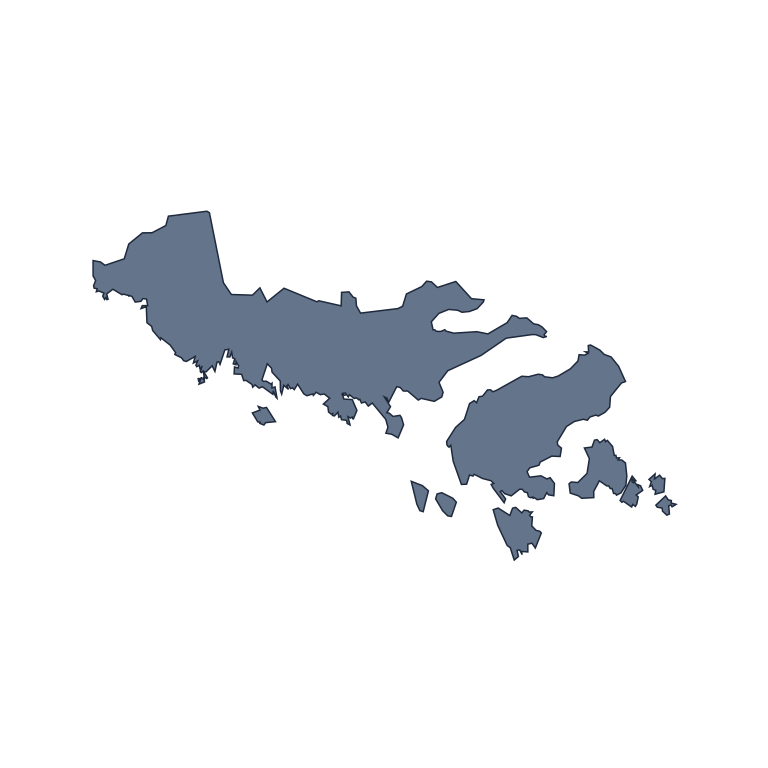 the district of Harstad nor, Troms, Norway, rotated 110°
{"feature_id": "86288312B68786515183071", "entity_name": "Harstad nor", "entity_type": "district", "adm_level": 2, "iso_a3": "NOR", "parent_name": "Norway", "parent_adm1": "Troms", "projection": "orthographic", "projection_center": [16.539, 68.812], "detail": "fine", "context": "isolated", "style": "filled", "palette": "slate", "viewbox_px": 768, "rotation_deg": 110, "n_neighbors": 0, "source": "geoboundaries", "source_scale": "gbopen_adm2", "svg_char_len": 6152}
<svg xmlns="http://www.w3.org/2000/svg" viewBox="0 0 768 768"><g transform="rotate(110 384 384)"><path d="M367.5,699.6L382.0,694.3L385.3,690.4L391.1,690.5L393.1,689.1L392.6,686.1L395.7,685.9L394.1,683.7L394.4,678.2L397.6,678.4L400.1,675.5L398.0,674.9L399.5,673.3L398.8,672.3L394.2,675.4L387.7,671.2L389.7,660.8L388.6,659.2L388.2,654.1L389.2,653.7L388.0,653.7L387.9,650.8L392.1,645.8L389.4,640.6L386.3,639.9L385.4,636.2L391.2,632.9L393.0,637.9L396.2,638.1L392.7,633.8L407.5,627.7L409.3,622.1L412.9,619.6L418.8,609.2L416.9,609.4L420.6,598.2L425.8,590.6L427.8,590.7L428.6,583.3L430.6,580.3L430.4,577.4L422.7,570.9L429.5,570.3L426.0,567.0L430.7,567.2L431.8,565.9L429.7,564.0L433.4,561.6L429.2,561.0L435.1,560.9L435.8,559.6L433.7,558.3L438.3,555.6L441.2,555.6L440.5,557.6L442.9,559.8L441.9,560.8L444.6,559.2L443.0,557.9L447.4,557.8L443.5,553.4L439.1,555.4L439.5,552.4L438.6,552.0L434.0,557.9L433.5,555.4L425.7,551.7L430.0,547.2L420.4,548.4L419.6,546.9L421.7,544.8L406.4,545.2L404.4,541.7L412.2,540.8L411.3,538.1L406.2,538.0L411.2,535.2L411.3,532.8L416.6,532.6L416.6,529.7L413.6,530.6L416.7,526.8L418.9,526.6L419.1,530.3L425.8,528.3L423.6,521.1L428.8,517.0L427.8,515.0L429.6,507.8L431.9,506.3L428.9,504.8L430.6,500.0L428.2,497.3L431.7,484.9L428.2,485.8L433.2,481.2L433.9,479.7L424.0,485.4L426.0,487.9L421.6,489.5L422.7,490.0L421.6,495.7L422.8,498.2L421.8,500.1L404.9,500.6L407.6,495.1L411.2,493.2L416.7,482.5L425.8,479.0L428.5,476.7L419.5,477.7L421.7,471.9L419.0,474.6L417.3,474.0L420.3,470.3L418.9,468.7L420.0,466.4L413.7,465.1L420.7,456.0L421.4,452.5L417.7,447.5L418.9,446.5L414.9,444.9L415.8,440.2L413.8,436.7L416.0,430.2L423.6,434.1L424.5,429.0L429.3,426.5L430.4,423.4L429.3,422.1L431.2,421.7L431.0,419.7L426.3,417.6L430.7,415.1L429.0,413.9L432.1,411.7L430.9,406.8L433.7,405.1L434.1,401.9L427.0,406.7L427.5,403.9L425.9,402.6L427.4,401.3L427.3,400.8L418.1,400.4L409.5,408.5L411.9,416.5L409.1,418.8L407.8,416.9L408.0,419.9L407.0,419.8L405.7,417.3L408.3,413.1L405.9,412.8L407.8,407.0L406.4,405.0L407.5,402.3L406.6,401.5L409.6,398.7L407.3,395.6L410.1,391.2L405.9,388.5L416.6,370.3L423.3,365.5L429.6,365.4L428.6,359.6L429.8,352.3L415.7,351.6L409.8,355.9L408.0,358.3L411.4,364.4L409.6,369.1L410.0,371.5L403.1,370.1L396.0,379.3L396.2,376.5L399.6,373.3L382.1,371.1L381.8,367.3L384.0,363.5L382.5,359.3L387.4,346.3L384.8,344.1L383.1,330.8L376.4,325.3L371.6,325.6L363.6,332.9L349.7,328.6L323.9,302.5L299.1,284.8L286.8,261.5L285.7,258.1L285.9,250.2L283.6,247.2L284.1,249.1L282.9,250.4L279.2,249.1L276.4,254.8L275.5,259.2L276.3,264.0L273.0,272.4L276.0,279.2L275.1,282.6L275.7,287.1L284.3,289.3L301.4,303.5L303.1,314.7L312.4,335.9L313.1,343.8L312.2,345.4L315.2,348.6L316.6,352.8L315.7,354.8L316.3,356.4L309.4,360.8L298.9,356.6L291.8,348.7L289.5,340.0L289.9,335.2L286.7,328.6L281.4,322.3L273.0,318.7L270.7,318.8L273.9,331.0L263.1,351.6L275.0,366.8L271.8,374.3L272.8,379.1L279.5,381.8L291.7,393.7L304.6,393.1L308.4,396.8L325.4,430.3L320.0,436.6L313.0,439.8L312.9,442.8L309.4,448.4L312.4,455.2L325.2,451.0L328.1,473.8L329.7,475.2L328.2,510.7L346.9,522.0L336.1,533.5L345.5,538.0L352.1,558.0L343.8,569.5L282.8,606.6L282.2,609.5L300.0,644.0L309.7,643.2L321.2,653.7L324.6,662.7L339.7,671.7L355.2,670.9L367.9,686.8L366.3,692.1L367.5,699.6ZM318.3,166.9L301.8,161.2L299.1,157.9L287.1,169.6L280.9,179.9L280.9,187.1L278.3,192.8L276.7,203.2L278.0,205.2L283.9,202.7L284.9,205.7L285.5,202.8L288.3,205.4L289.7,210.7L296.0,209.6L305.9,214.0L316.9,223.0L320.5,227.7L322.3,235.5L321.2,238.2L322.1,242.5L327.7,250.6L329.6,257.2L351.8,276.4L354.1,279.2L353.0,281.7L354.1,284.7L361.7,287.2L363.5,290.4L369.9,290.6L368.8,293.6L373.1,296.9L389.8,296.3L400.3,301.9L416.6,305.5L419.6,304.1L420.8,302.4L421.1,301.3L418.7,300.3L433.0,292.5L451.9,276.9L449.9,272.1L440.3,272.5L440.1,268.9L438.0,268.4L439.1,259.2L438.3,250.3L439.9,246.9L441.7,249.0L444.6,245.7L454.5,230.5L450.4,230.4L445.4,238.0L443.8,236.8L445.8,233.1L445.6,226.2L436.4,220.5L435.7,217.9L437.4,215.1L437.1,212.1L440.5,209.7L440.7,207.2L439.3,205.6L440.4,204.8L439.4,203.7L440.3,200.4L437.1,194.8L430.4,193.9L431.9,191.4L430.9,186.2L419.2,189.8L415.2,195.9L417.5,198.4L416.6,205.1L421.8,215.4L417.4,219.6L412.9,218.3L407.3,210.6L403.9,210.5L394.4,201.7L391.9,193.7L383.6,195.3L381.9,199.9L379.1,201.4L361.6,198.0L354.1,192.3L348.9,184.5L348.5,180.5L344.6,179.2L340.8,174.4L340.8,171.6L334.9,166.6L328.7,164.0L318.3,166.9ZM405.3,124.1L396.4,122.1L387.5,124.3L375.6,130.1L374.1,134.6L375.3,138.1L372.8,137.5L374.0,140.2L371.7,141.7L372.3,143.2L364.5,147.9L360.6,154.8L362.4,156.1L360.5,157.8L365.3,161.1L363.4,164.8L364.8,167.0L372.1,167.0L375.6,173.8L383.9,165.5L398.6,162.6L410.3,168.2L412.0,174.5L414.4,176.0L422.8,171.7L422.6,162.9L423.8,159.2L419.0,148.0L413.2,150.2L401.3,148.5L403.6,139.8L402.9,138.0L404.9,135.6L404.2,133.9L408.3,130.8L407.8,128.9L408.9,127.5L405.3,124.1ZM486.4,185.7L470.2,185.2L469.1,187.3L469.5,191.1L466.8,196.6L458.1,199.1L458.6,200.8L457.5,202.3L453.5,200.9L454.7,203.9L453.9,205.1L454.6,209.2L458.0,210.4L454.9,218.1L456.7,220.7L464.5,220.8L461.5,234.3L464.8,238.4L477.9,228.8L493.7,212.9L494.6,209.4L504.9,201.4L500.1,198.7L494.8,202.1L493.5,199.8L497.1,195.8L494.3,197.4L492.6,191.4L485.3,194.1L483.0,190.5L486.4,185.7ZM395.5,104.5L391.9,108.1L391.8,110.8L393.7,109.9L390.0,115.6L391.5,115.9L390.9,117.5L388.3,118.5L389.6,115.7L388.8,114.2L385.7,119.3L412.7,122.3L413.8,120.1L412.3,118.8L414.9,109.2L412.1,109.1L413.0,105.9L410.3,105.4L403.1,106.5L402.1,109.1L395.5,104.5ZM485.4,275.3L470.3,275.6L467.8,280.3L466.4,292.5L469.1,296.5L474.3,296.2L483.1,285.5L486.1,279.0L485.4,275.3ZM490.6,303.5L469.2,305.7L466.4,313.1L466.1,325.1L485.6,312.1L490.7,307.0L490.6,303.5ZM460.8,482.0L456.5,473.1L446.2,486.4L448.1,489.4L448.1,494.5L450.9,491.6L456.2,497.8L462.8,489.6L462.2,487.4L463.5,487.2L463.6,482.8L460.8,482.0ZM389.6,84.1L376.6,87.8L377.7,90.0L375.4,93.8L380.7,97.3L375.8,98.5L383.0,102.4L384.4,99.3L389.5,99.3L387.5,97.4L390.9,95.1L391.0,92.2L394.9,91.6L389.6,84.1ZM400.9,71.3L397.2,68.4L397.6,73.5L395.2,74.1L395.7,77.2L392.9,81.1L404.9,87.1L406.3,85.0L405.5,80.2L408.2,78.8L410.5,73.4L408.6,71.3L401.1,74.8L399.5,73.0L400.9,71.3Z" fill="#64748b" stroke="#1e293b" stroke-width="1.5"/></g></svg>